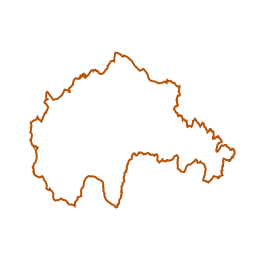 outline of Birr Lea-6, Offaly, Ireland, rotated 260°
{"feature_id": "5873133B95472927677681", "entity_name": "Birr Lea-6", "entity_type": "district", "adm_level": 2, "iso_a3": "IRL", "parent_name": "Ireland", "parent_adm1": "Offaly", "projection": "robinson", "projection_center": [-7.878, 53.106], "detail": "fine", "context": "isolated", "style": "outline", "palette": "amber", "viewbox_px": 256, "rotation_deg": 260, "n_neighbors": 0, "source": "geoboundaries", "source_scale": "gbopen_adm2", "svg_char_len": 5752}
<svg xmlns="http://www.w3.org/2000/svg" viewBox="0 0 256 256"><g transform="rotate(260 128 128)"><path d="M160.2,186.1L160.2,183.9L162.7,182.1L164.2,181.7L164.8,180.6L164.6,180.1L164.8,179.7L167.0,178.2L166.9,176.2L168.5,174.9L167.3,174.2L165.7,173.9L167.4,172.0L166.7,170.6L166.7,165.8L168.8,163.2L170.5,158.8L172.2,157.3L174.9,156.7L176.4,156.9L180.6,155.2L183.5,153.5L182.3,149.6L188.3,145.4L193.4,143.4L198.3,139.4L200.1,136.6L199.1,135.5L200.0,134.4L201.7,133.5L203.7,130.8L204.3,128.8L202.8,127.9L196.0,125.8L196.9,124.9L196.8,122.9L195.4,121.4L194.4,120.8L193.0,119.1L192.7,119.1L192.4,118.5L191.1,118.5L190.3,118.2L189.1,116.0L186.3,113.3L185.8,111.7L186.1,110.8L186.0,110.0L187.0,109.0L189.3,108.1L189.6,107.8L189.3,107.1L189.5,106.8L191.1,106.0L190.7,104.1L190.1,103.6L191.1,103.3L190.8,101.6L187.0,97.9L186.8,97.2L184.9,94.9L185.1,94.3L186.0,94.5L186.9,95.3L187.8,95.1L189.1,94.0L189.0,93.1L188.4,92.7L186.7,92.8L186.7,91.8L187.7,91.5L188.1,90.4L186.0,89.7L185.6,89.8L185.1,89.1L185.7,88.6L185.1,87.8L185.1,86.9L186.1,85.2L185.9,84.5L184.5,83.0L182.5,81.9L180.1,81.2L177.1,76.8L176.3,76.6L175.4,76.9L173.5,76.9L173.3,76.4L172.8,76.2L175.1,76.4L176.8,72.3L172.4,69.2L171.2,67.6L169.1,63.7L168.7,59.3L177.0,55.2L177.6,54.5L176.5,53.6L172.4,52.7L171.2,52.7L170.3,53.7L169.9,52.7L170.1,51.9L167.8,50.1L167.0,50.4L166.0,51.5L162.3,53.1L157.2,49.7L157.5,49.3L156.7,48.5L149.4,43.8L151.8,42.1L152.6,41.1L154.6,40.9L152.0,38.8L151.9,36.9L150.1,33.0L147.3,33.4L145.8,33.0L145.2,32.3L143.5,32.5L140.5,31.0L139.4,32.1L137.4,32.1L133.1,30.5L133.1,29.8L127.5,30.8L127.2,31.6L125.0,32.4L126.4,33.1L124.5,35.7L122.0,33.4L120.4,33.2L118.1,33.5L113.4,32.6L110.2,30.8L109.0,29.2L107.2,28.2L106.6,28.2L106.2,27.4L105.4,27.3L105.3,27.7L104.3,27.9L102.3,27.8L102.4,27.6L100.9,27.1L100.2,27.7L98.7,27.5L96.8,29.1L94.7,32.2L95.0,33.0L94.8,33.8L95.5,34.6L95.3,35.2L94.8,35.7L91.7,36.2L89.5,37.4L87.0,38.0L84.8,37.9L82.7,37.1L80.9,38.7L80.7,39.7L81.7,40.4L80.2,41.1L78.7,42.3L76.3,43.2L73.7,42.3L70.9,42.5L69.5,43.2L69.2,43.6L69.4,45.0L68.9,46.7L69.7,48.5L69.6,49.1L70.1,50.2L68.4,51.7L67.7,53.8L66.0,55.2L64.8,55.4L63.3,56.2L62.3,58.8L62.5,59.3L61.6,60.9L60.4,62.0L64.3,63.0L65.3,64.6L66.7,66.0L68.5,66.3L69.0,70.1L74.5,70.9L76.3,71.7L77.2,73.2L77.8,73.7L82.6,75.4L86.2,78.2L87.5,80.7L87.1,82.2L86.7,82.8L86.9,83.7L86.5,84.1L86.5,85.1L85.3,87.4L82.5,90.0L82.1,91.1L79.7,93.6L76.8,93.9L74.6,93.2L73.8,93.5L71.2,93.2L70.3,92.7L68.2,93.4L67.1,93.5L66.1,93.0L62.0,93.6L58.5,95.8L57.3,97.5L56.1,98.2L54.6,100.5L52.3,102.0L51.7,102.8L51.9,103.4L52.4,104.0L53.8,103.9L54.2,104.7L54.7,104.9L54.6,105.5L55.7,106.2L58.5,106.9L59.8,108.0L60.6,109.1L62.4,109.4L62.5,109.7L63.4,109.7L63.7,110.2L64.4,110.2L65.4,110.8L65.9,110.4L66.1,110.8L67.1,110.9L67.3,110.5L69.9,111.4L71.3,111.4L71.3,111.7L72.3,112.1L72.8,112.9L74.7,113.1L75.3,114.3L76.0,114.9L76.7,115.0L76.9,115.3L79.7,115.0L82.4,116.4L84.3,116.8L85.1,118.0L85.6,118.2L85.3,118.4L85.3,118.8L87.3,119.2L88.2,119.9L91.2,120.3L92.3,121.6L93.4,121.7L94.0,122.5L95.7,123.2L96.5,124.3L96.5,125.4L97.0,126.4L98.9,126.6L99.3,127.1L101.6,128.3L102.0,129.1L101.7,130.2L100.2,130.5L99.4,131.4L99.7,132.4L101.9,134.6L101.4,135.3L101.8,136.1L101.3,137.1L100.4,138.2L99.3,138.7L99.5,140.0L99.1,140.5L99.8,141.7L99.8,143.7L98.7,144.6L98.4,145.4L97.7,145.6L97.4,146.3L97.5,147.4L97.3,148.3L96.1,149.2L97.0,150.2L96.8,150.5L97.1,151.1L96.8,151.4L96.9,151.9L94.8,152.3L91.3,151.2L88.6,153.0L89.5,153.9L89.6,154.6L91.1,156.6L89.8,156.8L89.0,157.3L89.1,158.5L88.5,159.6L89.0,160.6L89.7,160.9L88.6,163.0L88.8,163.1L88.8,164.9L89.6,166.9L91.9,168.6L92.8,171.3L91.5,172.0L89.8,172.4L87.9,171.1L87.0,171.4L84.6,170.5L82.8,170.7L79.6,169.9L78.5,170.5L78.2,171.6L76.0,172.5L74.9,175.3L74.9,175.7L76.0,176.7L78.6,178.1L81.2,180.2L81.6,181.1L81.1,183.0L83.7,187.4L85.0,188.9L85.0,189.6L83.6,190.4L82.5,190.2L81.7,190.5L81.8,190.9L81.5,192.2L82.2,193.5L81.8,193.5L81.7,194.0L80.9,194.4L79.2,196.6L73.4,197.5L71.9,196.4L68.8,195.7L65.2,193.6L63.3,193.0L62.8,194.6L62.2,195.5L61.6,195.7L61.5,196.7L60.4,197.6L62.7,201.1L65.7,204.0L64.2,207.5L63.2,207.6L62.8,208.6L64.5,209.5L64.6,211.0L65.2,212.9L67.6,212.2L68.0,212.5L69.5,212.4L69.9,213.7L71.6,213.5L73.8,214.3L73.8,215.0L75.1,215.0L77.4,216.0L79.0,215.9L81.2,216.8L80.1,218.6L79.3,219.1L79.0,222.4L77.9,221.9L77.8,222.3L78.5,222.7L78.6,223.3L80.9,224.9L80.8,225.1L81.2,225.3L80.7,226.0L81.3,226.7L82.9,227.0L83.9,228.5L86.9,228.9L87.9,228.5L87.6,228.4L88.2,228.0L88.8,228.0L89.6,226.8L88.4,225.5L88.9,224.8L91.3,223.8L92.8,221.8L94.3,221.8L94.4,220.2L94.0,218.1L94.5,217.3L94.3,216.6L92.4,215.2L89.2,212.2L89.3,211.4L90.7,211.0L96.0,213.3L97.3,214.7L97.9,217.6L98.2,218.0L100.3,217.6L101.9,216.3L103.7,215.7L103.4,215.3L104.3,214.8L103.5,213.9L103.7,213.5L103.3,212.9L103.4,212.2L102.3,211.4L102.9,210.2L102.8,209.9L104.3,210.0L105.4,211.1L109.4,211.4L110.2,211.0L110.0,209.9L111.0,209.5L111.9,209.6L112.8,209.1L112.8,208.6L110.7,206.9L110.0,205.6L110.7,205.8L113.7,204.5L114.5,204.7L116.1,203.3L117.3,203.4L118.3,203.0L119.2,203.3L120.2,202.3L116.9,199.4L120.1,198.4L123.1,196.4L125.0,195.9L125.5,195.4L124.3,194.6L123.5,193.0L121.6,192.8L120.5,192.1L119.6,191.9L118.2,190.7L119.0,190.3L119.3,189.6L119.2,189.0L119.6,188.3L118.7,186.9L119.1,186.6L125.0,187.0L124.8,186.0L125.1,185.5L126.5,184.9L127.3,184.0L126.4,183.3L130.3,183.0L130.8,182.5L130.7,182.1L131.4,181.9L131.7,181.0L130.8,180.1L131.0,179.4L133.0,179.1L134.1,179.3L135.0,177.9L137.8,177.0L138.2,176.6L139.2,176.6L139.7,177.4L140.9,178.0L140.8,179.5L141.5,179.6L141.7,180.0L141.6,181.1L144.4,180.6L145.8,181.1L146.6,180.6L146.9,181.0L147.9,181.0L148.0,181.3L148.8,181.3L151.2,182.7L150.8,183.7L151.3,184.8L153.2,184.8L155.0,184.1L156.2,184.9L158.0,185.1L158.7,185.8L160.2,186.1Z" fill="none" stroke="#b45309" stroke-width="2"/></g></svg>